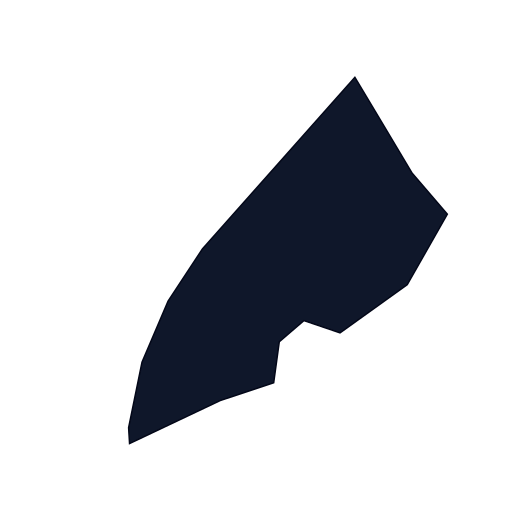 the border of Liverpool, rotated 66°
{"feature_id": "GBR-5668", "entity_name": "Liverpool", "entity_type": "Metropolitan Borough", "adm_level": 1, "iso_a3": "GBR", "parent_name": "United Kingdom", "parent_adm1": "", "projection": "orthographic", "projection_center": [-2.925, 53.412], "detail": "fine", "context": "isolated", "style": "filled", "palette": "ink", "viewbox_px": 512, "rotation_deg": 66, "n_neighbors": 0, "source": "natural_earth", "source_scale": "10m", "svg_char_len": 358}
<svg xmlns="http://www.w3.org/2000/svg" viewBox="0 0 512 512"><g transform="rotate(66 256 256)"><path d="M375.9,447.8L361.0,442.2L306.6,403.3L261.4,354.6L227.7,302.0L133.0,93.0L191.8,85.9L243.7,79.7L295.6,64.2L343.7,129.5L360.4,210.5L334.5,238.5L343.8,269.6L379.0,291.4L373.5,347.4L375.9,447.8Z" fill="#0f172a" stroke="#020617" stroke-width="1.5"/></g></svg>